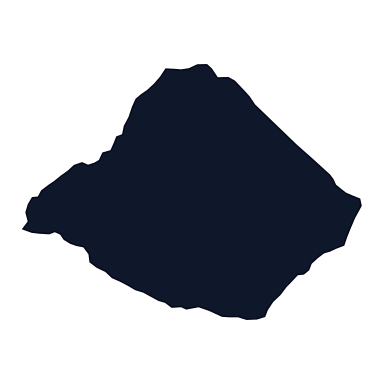 Sagres, São Paulo, Brazil
{"feature_id": "56859067B23091642538421", "entity_name": "Sagres", "entity_type": "district", "adm_level": 2, "iso_a3": "BRA", "parent_name": "Brazil", "parent_adm1": "São Paulo", "projection": "mercator", "projection_center": [-50.998, -21.863], "detail": "fine", "context": "isolated", "style": "filled", "palette": "ink", "viewbox_px": 384, "rotation_deg": 0, "n_neighbors": 0, "source": "geoboundaries", "source_scale": "gbopen_adm2", "svg_char_len": 1333}
<svg xmlns="http://www.w3.org/2000/svg" viewBox="0 0 384 384"><path d="M165.9,69.1L160.7,77.0L154.4,84.3L147.4,90.7L141.4,94.8L136.2,99.2L132.7,106.9L129.2,117.3L124.5,126.1L122.7,134.8L116.8,137.0L114.5,142.9L111.0,150.8L102.9,153.1L99.5,160.5L94.7,163.3L88.0,165.5L82.1,162.9L74.4,165.5L68.2,171.2L61.2,176.2L54.4,181.7L49.2,185.2L41.7,190.9L38.3,197.2L32.4,197.8L28.5,204.4L26.1,212.4L28.5,221.6L23.0,228.9L31.8,232.1L39.4,233.0L49.2,233.6L54.8,231.4L60.6,234.0L64.2,239.3L70.4,243.1L76.6,245.3L83.8,246.7L89.2,254.0L90.1,261.9L97.1,267.2L105.7,271.3L112.3,277.5L120.0,280.9L128.6,285.4L135.3,289.4L143.6,292.0L149.8,295.4L158.6,300.2L165.4,302.2L171.8,307.1L181.2,306.5L186.3,308.8L198.6,306.5L209.0,310.1L222.1,316.1L229.5,316.6L238.3,316.6L246.6,319.2L256.9,318.8L264.6,316.4L267.2,309.7L272.7,301.4L280.0,294.5L286.0,286.6L292.2,280.2L297.5,274.5L303.6,273.9L308.6,269.8L311.0,263.4L317.2,257.7L323.9,252.6L329.6,251.0L335.6,248.2L343.7,245.1L346.3,237.4L349.3,229.8L354.4,217.8L358.1,211.1L361.0,205.7L359.6,199.1L352.4,196.2L345.7,193.3L340.9,189.6L335.4,185.1L333.0,179.7L329.6,175.1L312.7,159.7L296.0,144.9L254.5,104.9L249.2,97.0L245.3,92.6L240.1,87.1L234.5,81.2L228.2,77.7L217.4,78.0L211.3,68.9L206.8,64.8L197.4,65.0L189.1,68.9L181.2,70.1L173.5,69.5L165.9,69.1Z" fill="#0f172a" stroke="#020617" stroke-width="1.5"/></svg>